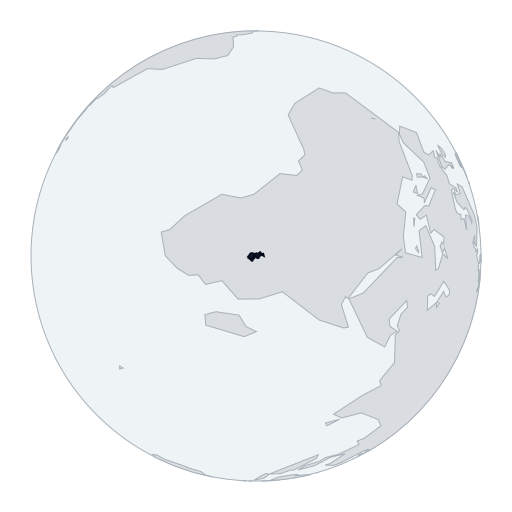 Luapula on an orthographic globe, rotated 83°
{"feature_id": "ZMB-514", "entity_name": "Luapula", "entity_type": "Province", "adm_level": 1, "iso_a3": "ZMB", "parent_name": "Zambia", "parent_adm1": "", "projection": "orthographic", "projection_center": [29.278, -10.414], "detail": "fine", "context": "on_globe", "style": "filled", "palette": "ink", "viewbox_px": 512, "rotation_deg": 83, "n_neighbors": 0, "source": "natural_earth", "source_scale": "10m", "svg_char_len": 7766}
<svg xmlns="http://www.w3.org/2000/svg" viewBox="0 0 512 512"><g transform="rotate(83 256 256)"><circle cx="256" cy="256" r="225" fill="#eef3f6" stroke="#a8b0b8"/><path d="M32.8,225.6L32.4,230.4L34.3,233.1L34.8,241.7L34.2,248.1L35.7,248.4L35.8,252.2L45.6,252.7L53.6,259.7L55.3,273.3L52.6,291.2L59.4,326.0L56.9,340.9L62.5,355.0L71.5,377.1L69.2,378.3L76.3,386.8L80.3,393.8L80.6,395.8L86.2,402.5L86.6,403.9L90.3,407.3L99.3,417.4L106.3,423.5L114.9,431.3L119.5,434.6L119.8,435.1L122.2,437.0L125.2,439.2L122.6,437.6L110.0,427.6L98.1,416.7L87.0,405.0L76.8,392.5L67.5,379.4L59.2,365.6L51.9,351.3L45.6,336.4L40.4,321.2L36.3,305.6L33.3,289.8L31.4,273.8L30.7,257.7L31.2,241.6L32.8,225.6ZM129.8,441.8L123.9,438.5L126.0,439.7L120.6,435.5L126.2,438.6L129.8,441.8ZM116.8,430.5L114.6,427.5L116.1,428.2L118.0,430.5L116.8,430.5ZM463.5,168.2L463.5,169.6L464.7,173.1L461.6,167.0L462.3,172.2L471.8,197.7L473.2,204.2L472.0,213.0L471.1,208.0L463.0,191.6L464.9,206.6L471.2,223.3L473.5,240.4L470.1,232.8L467.4,217.8L464.5,211.5L462.8,198.1L455.7,176.8L452.1,178.2L450.0,170.4L439.7,152.7L433.2,154.6L424.5,170.7L427.2,190.7L422.5,198.4L407.1,166.9L400.0,147.7L394.6,148.4L378.7,131.5L351.6,127.4L347.7,122.7L342.6,124.3L331.4,119.1L325.3,111.8L318.6,111.9L334.8,131.5L342.0,131.7L347.9,125.0L351.1,132.1L361.9,139.4L350.3,155.4L309.9,169.0L305.9,154.1L274.6,116.0L275.4,112.1L275.3,111.6L274.9,110.8L272.2,117.2L266.7,110.4L283.6,135.6L286.5,147.1L309.4,169.9L307.3,172.2L314.6,177.2L337.9,172.9L338.1,177.9L327.2,201.2L294.7,234.1L299.0,258.1L296.6,279.0L276.3,292.9L278.1,309.6L267.7,315.6L267.0,325.2L258.6,335.7L244.6,346.0L220.7,347.2L219.2,338.3L207.3,321.7L190.6,282.4L196.6,263.9L194.4,250.3L177.2,222.2L181.0,205.8L176.4,199.6L166.9,202.3L161.5,195.1L155.8,195.6L120.0,206.9L109.3,199.0L96.9,172.8L103.5,160.0L105.0,147.3L150.6,99.5L159.9,100.0L195.4,91.1L199.8,92.0L195.2,100.8L221.6,109.7L230.5,101.9L254.8,107.4L271.1,107.2L277.7,91.3L250.8,91.1L246.6,83.8L268.4,77.5L291.9,79.3L290.9,76.6L276.4,70.2L282.1,66.0L271.4,67.9L275.5,70.5L268.9,72.1L264.8,69.8L267.0,68.2L260.0,67.1L251.4,76.1L254.6,79.8L236.1,82.0L239.7,88.5L234.6,91.9L226.5,82.2L227.6,78.6L212.3,70.0L209.5,73.8L223.8,82.5L219.2,82.0L215.5,88.4L214.7,83.2L199.9,73.8L183.4,78.0L161.8,95.8L152.3,98.8L144.6,97.5L153.1,81.6L173.4,76.8L176.7,72.2L173.1,67.3L179.6,66.6L180.6,64.3L188.3,62.9L199.7,56.6L207.7,55.3L212.7,49.3L217.4,48.1L213.1,51.7L214.3,54.0L234.1,52.4L238.1,51.1L239.8,47.6L245.0,48.0L244.1,45.0L255.7,43.7L240.8,43.0L242.3,40.0L249.6,37.9L247.4,37.1L235.6,40.7L233.2,42.5L235.5,44.0L226.9,50.0L220.0,51.5L218.9,45.6L209.0,47.5L212.5,43.0L242.4,34.2L254.6,33.1L273.6,36.1L270.5,37.2L262.1,36.5L269.4,39.3L269.0,38.0L273.4,38.7L275.9,37.0L279.1,37.5L276.2,35.3L280.4,35.8L282.2,37.1L289.6,36.0L298.5,37.2L298.7,36.8L296.3,36.0L309.2,38.7L308.7,38.3L304.3,37.2L300.5,36.0L298.8,35.1L303.4,36.0L304.6,36.4L314.0,39.3L316.5,40.9L318.2,41.3L317.1,40.2L305.6,36.6L303.3,35.9L309.3,37.4L306.9,36.7L307.2,36.7L311.8,37.8L305.5,36.2L321.4,40.4L336.9,45.8L352.1,52.2L366.7,59.8L380.7,68.4L394.0,78.0L406.7,88.5L418.5,99.9L429.4,112.2L439.5,125.2L448.5,139.0L456.5,153.3L463.5,168.2ZM134.6,121.0L133.3,124.7L134.6,121.0ZM316.8,90.5L330.8,92.6L324.3,82.8L329.1,83.0L325.1,79.9L323.8,82.1L314.0,74.1L319.9,72.4L318.1,68.9L313.3,68.1L304.0,72.7L317.9,83.8L314.8,87.2L316.8,90.5ZM178.8,55.6L181.2,56.1L177.9,58.8L167.9,62.3L172.5,58.4L178.8,55.6ZM185.4,56.5L187.1,50.7L193.4,48.9L189.6,50.8L193.5,50.1L188.5,53.1L192.8,57.8L190.2,60.6L173.1,64.5L180.1,61.4L177.3,60.8L185.4,56.5ZM180.3,45.1L181.1,44.2L193.7,41.1L191.5,42.4L181.4,45.5L178.0,45.9L180.3,45.1ZM210.4,35.4L210.2,35.4L207.7,35.9L210.4,35.4ZM204.1,36.8L202.0,37.3L200.6,37.6L198.0,38.4L197.4,38.5L193.1,39.7L196.0,39.0L177.5,44.8L204.1,36.8ZM205.1,88.5L208.5,88.6L213.9,87.8L211.7,92.1L205.1,88.5ZM194.7,82.1L197.8,81.3L197.4,86.3L193.8,86.5L194.7,82.1ZM200.0,76.9L198.1,80.8L197.0,78.8L200.0,76.9ZM216.1,51.1L219.5,50.3L219.7,51.1L217.6,52.5L216.1,51.1ZM249.1,30.8L250.2,30.8L245.2,31.2L242.8,31.2L243.9,31.1L243.2,31.1L249.1,30.8ZM272.9,93.9L268.0,96.8L265.6,95.3L267.8,94.6L272.9,93.9ZM238.2,93.8L246.0,95.6L237.5,95.0L238.2,93.8ZM250.2,30.9L249.2,30.9L252.2,30.9L250.2,30.9ZM351.0,401.5L351.6,405.1L348.5,404.9L351.0,401.5ZM334.6,277.6L318.5,314.3L308.0,313.9L306.4,302.6L312.6,280.1L324.9,274.4L331.1,264.8L334.6,277.6ZM478.1,292.6L477.8,295.4L477.6,296.4L478.1,292.6ZM478.7,287.0L478.7,289.4L478.3,289.0L478.7,287.0ZM478.6,290.9L478.6,290.4L478.6,290.5L478.6,290.9ZM478.4,285.7L475.1,278.2L473.1,272.7L474.1,269.5L477.4,275.0L478.4,285.7ZM474.0,269.2L470.1,254.3L460.9,218.4L464.3,220.7L473.1,244.8L472.7,247.6L475.0,258.6L474.0,269.2ZM480.5,237.8L480.8,242.1L481.2,252.3L481.0,259.8L480.4,269.3L479.1,264.3L478.2,260.9L477.6,247.1L478.0,241.4L478.9,243.1L479.5,227.8L479.9,231.3L480.5,237.8ZM428.2,192.9L433.2,206.3L430.3,207.5L428.2,192.9ZM478.5,221.0L478.7,222.3L478.4,220.4L478.5,221.0ZM466.8,179.0L466.0,178.5L464.9,175.4L465.3,174.3L466.8,179.0ZM289.7,33.3L285.7,33.1L286.1,33.8L291.2,35.0L282.3,33.6L281.7,32.5L289.7,33.3ZM443.4,381.0L440.3,382.6L441.8,378.0L446.3,372.0L457.2,349.8L457.2,351.0L463.2,337.1L468.0,331.7L470.2,325.7L463.0,344.9L454.0,363.4L443.4,381.0ZM480.2,278.0L480.3,276.8L481.0,266.5L481.3,259.6L480.2,278.0Z" fill="#d9dde1" stroke="#a8b0b8" stroke-width="1"/><path d="M253.3,252.6L253.2,252.4L253.1,252.2L253.0,251.9L252.8,251.8L252.6,251.7L252.4,251.5L252.5,251.4L253.0,251.1L253.4,250.8L254.0,250.2L254.5,249.5L254.7,249.2L254.7,248.8L254.5,248.5L254.5,248.4L257.2,248.0L257.0,248.3L256.9,248.4L256.9,248.5L256.7,248.5L256.4,248.7L256.3,248.9L256.3,249.0L256.2,249.0L256.1,249.3L256.0,249.7L255.9,250.1L255.7,250.2L255.6,250.3L255.5,250.6L255.4,250.6L255.3,250.8L255.6,250.9L255.6,251.0L255.8,251.0L256.0,251.2L256.1,251.3L256.3,251.4L256.2,251.6L256.3,251.8L256.3,252.0L256.2,252.0L256.2,252.3L256.3,252.5L256.5,252.6L256.8,252.8L257.0,253.0L257.4,253.1L257.5,253.1L257.8,253.2L258.0,253.2L258.1,253.3L258.2,253.5L258.3,253.6L258.5,253.7L258.5,253.8L258.5,254.0L258.4,254.3L258.5,254.6L258.4,254.8L258.3,255.2L258.2,255.3L257.9,255.2L257.7,255.2L257.6,255.3L257.3,255.5L257.2,255.5L256.9,255.6L256.8,255.8L256.6,255.9L256.6,256.0L256.5,256.3L256.5,256.5L256.4,256.7L256.3,256.8L256.2,256.9L256.0,257.0L255.6,257.3L255.6,257.8L255.4,258.0L255.6,258.3L256.0,258.6L256.4,258.8L256.4,258.7L256.5,258.5L256.4,258.3L256.3,258.2L256.2,257.9L256.3,257.9L257.4,257.3L257.5,257.3L257.9,257.5L258.0,257.6L258.1,257.8L258.3,258.1L258.4,258.4L258.1,259.9L258.3,259.7L258.5,259.5L258.6,259.4L259.2,259.3L259.3,259.3L260.5,260.2L260.5,260.3L260.5,260.5L259.8,261.5L259.7,261.6L258.1,261.8L257.9,261.9L257.9,262.0L257.9,262.3L258.0,262.4L258.0,262.5L258.1,262.8L257.8,262.9L257.6,263.0L257.4,263.1L257.2,263.0L256.8,263.1L256.7,263.2L256.7,263.4L256.7,263.5L256.8,263.7L256.8,263.8L257.0,263.8L256.9,263.9L256.9,264.0L256.7,264.0L256.5,263.9L256.3,263.8L256.1,263.8L256.0,263.7L255.9,263.7L255.6,263.7L255.4,263.7L255.4,263.8L255.3,263.7L255.2,263.7L254.7,263.0L254.6,262.9L254.4,262.8L254.4,262.7L254.2,262.5L254.1,262.4L254.0,262.2L253.9,262.2L253.7,262.2L253.4,261.9L253.2,261.8L253.2,261.7L252.9,261.4L252.8,261.1L252.7,261.0L252.7,260.9L252.6,260.7L252.5,260.4L252.4,260.3L252.4,260.1L252.5,260.1L252.6,259.8L252.8,259.7L252.7,259.5L252.8,259.4L252.9,259.2L252.9,258.9L253.0,258.9L252.9,258.9L252.9,258.7L253.0,258.5L253.0,258.4L253.0,258.2L253.2,257.9L253.2,257.7L253.3,257.5L253.4,257.4L253.5,257.2L253.8,256.9L253.7,256.9L253.7,256.6L253.5,256.4L253.5,256.2L253.5,255.9L253.4,255.7L253.5,255.7L253.4,255.4L253.3,255.2L253.5,254.9L253.5,254.5L253.5,254.2L253.6,253.8L253.6,253.7L253.8,253.6L253.7,253.5L253.6,253.4L253.5,253.2L253.4,252.9L253.3,252.7L253.3,252.6Z" fill="#0f172a" stroke="#020617" stroke-width="1.5"/></g></svg>